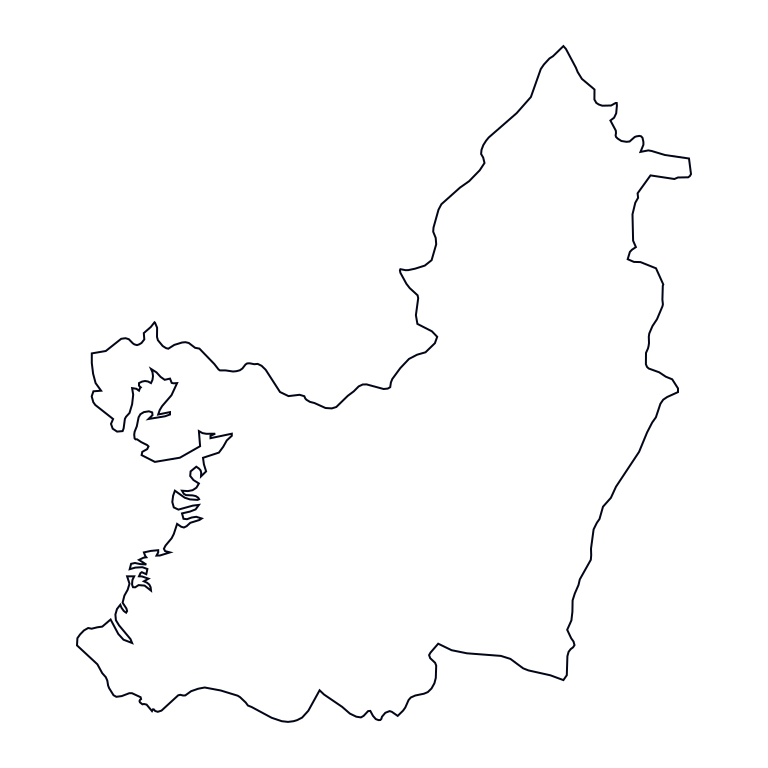 the border of Valle del Cauca
{"feature_id": "COL-1408", "entity_name": "Valle del Cauca", "entity_type": "Department", "adm_level": 1, "iso_a3": "COL", "parent_name": "Colombia", "parent_adm1": "", "projection": "mercator", "projection_center": [-76.797, 4.064], "detail": "fine", "context": "isolated", "style": "outline", "palette": "ink", "viewbox_px": 768, "rotation_deg": 0, "n_neighbors": 0, "source": "natural_earth", "source_scale": "10m", "svg_char_len": 6098}
<svg xmlns="http://www.w3.org/2000/svg" viewBox="0 0 768 768"><path d="M97.4,664.3L77.0,645.4L77.4,638.2L80.1,634.4L84.0,630.4L88.2,628.0L91.6,628.7L97.3,627.3L102.3,626.6L110.6,619.5L118.3,634.0L123.5,639.7L132.1,643.0L130.5,639.1L119.0,625.3L115.9,620.2L115.4,614.5L117.0,609.0L120.3,604.8L121.5,607.8L123.8,611.0L126.1,612.7L127.1,611.1L126.4,608.5L122.6,602.7L124.4,595.6L127.7,589.7L129.5,583.7L127.1,576.3L134.2,576.3L132.5,579.8L132.2,582.0L132.1,584.7L133.0,587.2L135.2,587.3L138.6,585.1L144.6,585.6L151.0,590.6L150.6,587.2L149.3,584.6L147.0,582.7L143.9,581.3L148.5,578.7L141.9,576.4L139.0,576.3L140.5,573.1L141.8,572.2L146.3,574.2L147.4,569.0L142.4,567.2L135.3,567.6L129.7,569.2L131.1,563.8L135.0,563.0L140.4,564.1L146.3,564.5L139.0,559.9L143.5,557.7L146.3,557.3L145.2,555.9L143.9,552.4L150.9,550.9L158.2,550.2L158.2,552.4L156.5,555.6L159.9,555.5L170.0,552.4L165.1,551.1L163.9,548.8L165.5,545.6L171.6,538.3L173.8,534.0L177.1,523.9L181.1,526.7L183.9,527.5L186.6,526.2L190.3,522.8L199.4,520.0L201.7,518.5L196.3,516.8L191.7,517.5L187.0,519.2L183.5,518.8L182.0,513.4L189.9,511.6L195.6,509.4L198.9,504.9L192.9,505.6L178.4,509.6L173.8,507.4L172.3,502.0L173.1,495.8L174.9,490.7L184.7,497.7L189.9,499.4L197.6,499.9L199.1,499.2L198.2,497.7L195.8,496.1L192.6,495.4L186.0,495.1L183.8,493.8L182.0,490.7L187.8,491.1L192.6,490.2L196.4,487.7L198.9,483.5L193.5,480.1L190.2,476.0L190.6,471.4L196.3,466.7L199.0,468.6L200.6,470.4L201.2,472.8L201.0,476.4L206.1,471.4L203.9,464.3L203.0,457.8L218.9,452.6L223.2,446.8L226.8,440.4L231.8,435.8L231.8,433.7L210.5,438.2L210.5,435.8L215.2,433.7L206.4,433.8L202.5,433.1L198.9,431.1L200.1,446.2L179.9,457.7L154.9,461.9L141.6,455.1L142.3,451.8L147.2,449.1L148.5,446.4L147.2,445.1L141.2,442.1L137.0,439.3L135.5,439.3L134.6,438.4L134.2,434.7L134.6,431.8L136.8,426.3L138.6,417.3L140.4,414.2L143.9,412.1L148.9,411.3L152.2,412.4L152.5,415.1L148.5,419.0L165.0,416.3L170.0,414.5L170.0,412.1L158.2,414.5L159.7,410.1L162.1,406.1L171.5,395.2L177.1,383.1L173.4,383.3L171.7,382.9L170.0,378.6L164.7,379.8L160.6,376.9L156.5,372.4L151.0,368.9L152.5,372.3L153.0,376.1L152.5,379.8L151.0,383.1L148.0,381.5L145.0,381.0L142.0,381.6L139.0,383.1L139.0,385.7L140.8,387.4L140.0,388.0L139.0,390.7L136.4,388.8L132.1,388.1L133.2,394.7L132.1,404.3L129.5,413.0L126.0,416.8L124.9,418.9L123.6,428.5L122.6,431.1L117.1,431.6L112.7,428.7L111.0,423.9L113.1,419.0L95.3,405.0L93.3,402.2L91.7,396.4L93.4,391.3L101.1,390.7L95.6,383.1L93.1,373.7L91.8,363.1L91.8,353.4L105.8,351.0L121.2,338.8L125.5,338.2L128.8,339.2L132.8,343.3L134.4,344.4L137.0,345.1L139.1,344.4L141.5,343.0L144.3,339.4L143.8,333.1L150.8,327.0L154.5,322.3L155.0,322.7L157.1,327.7L157.0,336.9L157.9,340.2L162.7,346.0L166.0,348.1L168.3,348.7L174.3,344.9L182.1,342.5L185.5,342.2L188.8,343.0L195.1,347.8L199.4,348.6L214.3,364.0L218.5,369.4L219.9,370.4L225.5,370.4L233.0,371.5L236.4,371.2L239.8,370.3L242.4,368.5L245.5,364.5L247.2,363.4L249.7,363.3L254.3,364.2L257.7,363.9L261.6,365.8L265.7,369.8L280.0,392.0L288.5,396.1L299.6,394.8L304.3,396.2L305.3,398.5L306.5,399.8L310.0,401.9L314.4,403.0L325.5,408.0L331.8,408.4L336.3,407.0L347.8,395.8L353.7,391.4L358.7,386.4L362.7,384.5L366.6,384.4L383.6,389.0L387.7,388.6L390.2,387.2L390.9,382.5L392.3,379.0L400.3,368.1L409.0,358.9L417.1,354.7L425.5,352.3L434.9,343.2L437.2,336.8L431.9,331.3L417.4,323.9L415.9,315.2L418.2,298.2L417.6,295.3L409.8,288.2L406.4,283.8L400.4,272.8L399.9,270.3L400.4,269.2L405.7,270.2L408.3,270.1L415.0,268.7L424.8,265.6L431.6,260.2L436.2,244.3L435.7,237.9L433.2,231.7L433.5,227.6L438.5,209.7L441.4,204.2L460.0,187.6L469.2,181.1L479.7,170.3L484.5,163.0L483.2,157.6L481.1,154.0L481.5,149.9L483.3,145.1L486.1,140.7L488.7,137.5L516.7,113.1L530.9,97.0L540.8,69.0L543.9,64.5L549.4,58.5L553.0,56.2L563.4,46.1L565.9,48.9L575.9,67.7L577.7,72.1L581.9,78.9L594.5,89.5L594.4,99.5L596.3,102.9L598.8,104.5L602.2,105.7L611.1,105.5L615.6,103.0L616.7,103.0L616.9,105.6L616.2,113.3L614.1,117.7L610.4,120.5L615.8,130.6L616.0,133.1L615.6,135.3L616.0,136.9L617.7,138.6L621.4,141.0L626.4,141.8L629.6,141.5L634.7,137.0L636.3,136.4L639.4,135.9L641.1,136.3L642.5,137.8L643.4,141.9L643.4,144.8L640.5,151.9L648.3,150.4L651.7,151.0L664.9,155.0L689.0,158.5L691.0,174.1L689.8,176.1L688.2,177.3L677.9,177.5L674.4,179.0L650.5,175.4L637.6,193.3L638.1,197.8L635.3,202.7L632.5,214.3L633.1,240.7L635.9,247.1L632.0,249.7L629.9,251.9L627.7,259.2L633.9,261.9L640.5,262.1L656.0,268.3L663.3,284.5L662.8,285.7L662.4,299.6L662.9,304.3L662.5,306.2L657.0,319.2L652.5,326.0L649.3,333.4L648.8,336.7L649.0,343.0L648.6,345.9L648.0,348.4L646.0,352.9L645.9,364.2L647.0,366.9L648.7,368.5L659.2,372.3L665.8,376.7L672.2,379.3L678.0,388.4L678.0,392.1L667.2,397.0L663.2,399.7L660.4,403.8L655.9,417.3L652.2,422.5L647.1,432.4L639.1,451.8L616.0,486.7L610.9,497.8L603.0,506.7L599.5,519.0L596.8,522.9L593.6,529.4L591.0,548.7L591.2,555.3L590.8,559.8L579.8,579.4L578.5,585.0L574.8,593.5L572.6,600.4L572.4,611.9L571.4,620.4L567.2,629.8L571.2,638.3L573.5,641.5L574.5,645.1L573.1,647.3L570.7,649.1L568.6,651.8L567.4,656.2L566.8,675.2L563.4,680.1L550.4,675.3L528.4,670.4L523.1,668.3L510.4,658.9L500.9,655.9L466.9,653.3L451.6,650.2L438.2,643.7L430.5,652.6L429.1,655.1L430.2,658.2L435.1,662.8L436.2,665.6L435.8,677.9L434.4,683.3L431.5,688.5L427.8,692.1L424.0,693.7L415.3,695.5L410.8,697.5L408.6,700.0L405.3,707.5L403.1,710.6L397.7,715.9L391.8,711.8L389.6,711.1L385.3,712.8L382.0,716.7L381.3,719.0L380.3,720.0L378.5,720.1L375.8,719.1L373.0,715.9L370.3,710.9L368.1,711.1L363.6,715.9L360.9,717.4L356.3,716.7L349.9,713.6L342.2,706.9L324.0,694.5L319.6,690.3L308.3,710.8L302.1,717.6L297.2,720.1L293.6,721.2L288.0,721.9L281.8,721.2L271.7,717.8L251.6,707.0L247.9,705.5L245.7,702.5L240.1,697.2L237.7,695.7L220.8,690.5L204.7,687.5L198.3,688.7L191.1,691.2L185.3,695.4L183.1,695.5L180.3,694.8L178.2,695.3L161.5,710.6L157.8,711.8L155.2,711.0L153.8,709.4L153.0,709.3L152.0,711.1L146.6,704.6L144.0,704.0L142.4,704.3L139.9,702.3L139.5,701.0L140.0,699.9L141.1,699.1L140.6,697.2L132.0,693.2L129.3,693.2L121.7,696.1L116.3,696.8L113.5,695.2L109.1,688.1L108.1,685.5L107.3,680.6L105.8,677.2L102.2,673.1L97.4,664.3Z" fill="none" stroke="#020617" stroke-width="2"/></svg>